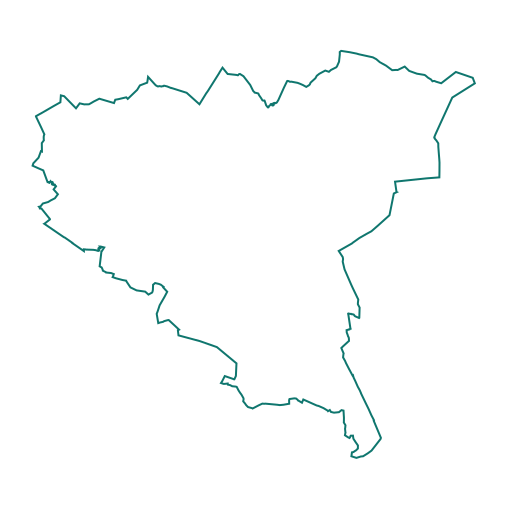 Mālpils pag., Malpils, Latvia (Mercator projection), rotated 179°
{"feature_id": "27541924B96733922651524", "entity_name": "Mālpils pag.", "entity_type": "district", "adm_level": 2, "iso_a3": "LVA", "parent_name": "Latvia", "parent_adm1": "Malpils", "projection": "mercator", "projection_center": [24.972, 57.014], "detail": "fine", "context": "isolated", "style": "outline", "palette": "teal", "viewbox_px": 512, "rotation_deg": 179, "n_neighbors": 0, "source": "geoboundaries", "source_scale": "gbopen_adm2", "svg_char_len": 5914}
<svg xmlns="http://www.w3.org/2000/svg" viewBox="0 0 512 512"><g transform="rotate(179 256 256)"><path d="M473.6,399.6L473.6,399.4L468.5,388.2L465.5,381.3L465.9,380.4L466.2,378.8L466.2,376.6L466.1,375.3L466.2,375.2L468.2,372.6L468.2,364.2L469.2,364.6L471.7,358.1L477.0,352.6L477.8,350.2L472.3,347.6L467.2,345.3L464.1,336.3L463.1,333.5L462.0,333.6L461.5,333.6L461.8,333.0L461.6,332.8L461.3,332.7L461.0,333.0L460.9,333.2L460.2,333.6L460.4,334.1L460.2,334.3L460.0,333.7L458.5,333.6L458.1,333.4L457.8,332.5L457.9,331.8L457.9,331.6L458.1,331.5L458.8,332.0L458.9,331.6L458.8,331.4L458.7,331.4L458.3,330.9L458.1,330.8L457.7,330.9L457.3,330.7L457.2,330.9L457.3,331.4L457.0,331.4L456.3,330.7L455.8,330.7L455.7,329.8L455.6,329.6L454.8,329.4L454.7,329.2L457.0,326.4L457.2,326.1L453.0,321.2L456.0,317.3L456.3,317.1L460.2,315.2L462.9,313.6L468.2,312.2L470.6,309.3L472.1,309.0L471.4,308.1L471.3,307.3L469.7,307.2L461.4,296.5L461.4,296.2L466.9,292.0L467.1,291.9L447.7,278.1L447.3,278.0L446.9,277.8L439.3,272.3L439.4,272.1L428.0,263.9L428.0,265.7L426.1,265.5L425.8,265.4L418.5,265.0L416.1,264.6L413.7,263.8L412.7,264.2L412.8,264.5L412.7,264.7L412.8,264.8L413.1,265.4L413.4,265.0L413.5,265.0L413.5,265.7L413.3,265.9L413.4,266.3L413.3,266.6L412.2,267.4L411.5,266.5L411.3,266.5L411.1,266.7L411.0,267.4L411.1,267.7L411.6,268.2L411.3,268.2L407.6,267.2L410.4,263.0L410.5,263.0L412.5,248.4L410.5,247.2L409.5,244.9L409.4,244.0L406.3,242.4L406.2,242.1L401.2,241.5L398.5,240.4L399.3,238.2L399.7,237.4L396.5,236.2L389.8,234.3L386.3,233.6L386.3,233.4L385.3,231.8L382.1,226.8L376.0,223.7L367.4,222.3L364.2,219.3L360.6,221.2L360.1,222.1L359.7,223.9L359.4,229.1L358.2,230.0L357.6,230.6L357.3,230.7L353.7,229.8L351.7,229.0L348.9,226.7L349.3,226.2L345.4,221.8L348.1,216.9L353.2,208.4L355.3,202.4L356.3,199.9L354.9,190.6L353.0,191.2L350.1,191.8L348.9,192.5L345.4,193.4L344.4,193.5L334.2,183.7L335.4,183.1L334.9,178.0L313.7,171.9L296.7,165.6L277.4,149.0L278.2,136.4L279.8,133.1L280.3,133.2L280.6,133.2L280.8,133.4L289.3,136.5L292.0,131.4L293.2,129.6L290.7,128.7L289.4,128.7L286.5,129.0L286.4,127.9L284.0,127.3L282.1,126.2L278.7,125.8L277.6,125.5L275.7,121.7L274.3,119.5L273.0,117.7L271.1,114.2L271.0,113.8L270.9,113.2L271.1,112.0L271.3,110.9L269.6,108.8L268.4,107.0L266.6,105.1L262.2,103.8L262.0,103.6L256.0,106.6L252.2,108.3L250.5,108.1L249.2,108.2L242.8,107.5L237.4,106.9L234.8,106.5L231.1,106.8L225.4,107.7L225.4,111.3L225.0,112.4L220.2,113.0L218.4,112.8L216.9,111.5L216.5,110.8L216.0,110.6L212.6,108.5L211.2,111.7L198.0,105.5L196.6,105.1L196.3,105.1L191.1,102.7L187.0,100.1L186.7,99.6L184.9,100.7L183.8,98.8L181.2,98.1L180.7,98.0L175.8,98.4L173.2,100.4L171.2,99.9L170.9,92.7L171.0,89.3L171.1,88.0L169.5,85.2L169.8,82.6L170.0,81.8L169.7,78.3L169.6,78.1L170.2,75.2L167.1,73.1L165.7,72.4L165.1,73.2L164.6,74.5L164.4,74.7L162.2,74.7L162.1,73.8L161.8,71.6L159.5,67.9L157.4,64.8L157.5,61.7L159.4,59.9L161.0,59.0L161.9,58.3L163.5,58.0L164.1,54.1L159.1,52.4L154.7,53.7L152.4,53.9L147.6,56.8L143.9,59.4L134.7,70.8L134.6,71.0L134.3,72.0L141.2,89.3L140.9,89.7L143.4,94.7L146.2,101.3L148.7,106.6L153.4,116.8L153.4,117.0L154.6,119.9L156.5,123.5L158.9,129.2L160.5,132.7L161.1,135.0L161.5,134.7L165.0,141.5L167.9,147.4L168.7,149.4L170.7,153.1L170.4,155.6L170.2,156.9L170.1,157.1L171.3,160.0L172.3,162.5L170.4,164.3L164.5,169.5L164.6,172.3L164.8,173.1L165.4,174.2L165.7,175.4L166.6,177.9L166.7,180.3L164.9,180.7L165.0,180.8L162.7,181.6L162.9,182.2L164.6,195.1L164.9,196.7L164.7,196.9L162.4,196.4L162.0,196.5L161.1,196.0L160.5,196.1L159.9,195.9L159.3,195.7L159.1,195.4L158.8,195.1L158.5,194.5L157.9,194.0L154.0,192.2L153.8,192.4L153.3,202.6L154.9,205.8L155.0,206.2L154.9,207.6L154.5,210.7L159.7,222.0L161.2,225.4L167.7,241.1L169.4,248.8L169.0,251.4L169.3,253.4L173.2,259.6L159.8,266.9L159.0,267.6L152.3,272.2L145.2,276.1L140.2,278.7L133.4,284.4L121.8,294.5L117.1,316.1L114.2,317.4L114.4,317.5L115.7,327.9L83.6,330.7L71.3,331.4L71.1,337.2L70.9,346.1L71.0,348.5L71.1,350.4L71.5,356.7L71.8,362.0L71.8,365.5L73.6,368.3L75.4,370.5L75.3,371.0L75.7,371.6L74.5,374.4L69.9,384.1L57.0,411.0L34.2,424.8L36.2,430.4L53.0,436.5L67.8,425.5L72.8,427.1L74.6,427.9L75.4,427.9L76.5,427.6L78.0,429.5L80.8,431.2L83.5,433.6L84.4,434.1L92.0,435.5L99.6,438.4L104.0,442.8L111.1,439.5L112.9,439.6L116.6,439.4L122.7,444.1L128.8,447.6L132.3,450.7L135.7,452.6L149.6,455.9L151.8,456.6L158.6,458.1L167.3,459.6L168.7,458.5L168.7,456.0L169.6,448.8L170.9,446.0L171.5,444.6L172.4,443.3L177.8,440.7L179.9,438.9L183.5,440.2L189.5,437.1L192.0,435.2L192.3,434.8L193.5,432.7L198.4,428.4L199.2,426.6L200.2,425.7L202.8,424.2L206.1,426.1L208.9,427.4L211.4,428.4L217.7,429.7L218.4,429.6L219.3,429.7L220.3,430.3L221.5,430.5L221.8,430.4L225.2,423.7L230.9,411.6L232.5,409.1L233.7,408.4L234.0,408.5L234.3,408.8L234.5,408.8L235.3,408.7L236.2,408.3L236.3,408.0L236.2,407.9L235.7,407.5L235.5,407.2L235.8,406.5L236.3,406.2L237.0,406.2L237.5,406.7L237.6,407.5L237.8,407.7L238.2,407.8L238.4,407.7L238.7,407.5L239.0,406.7L240.2,405.8L240.5,405.4L240.9,404.5L241.3,404.3L241.6,404.4L243.2,406.5L244.6,410.9L244.8,411.3L245.1,411.4L245.9,411.2L246.4,411.3L246.9,411.6L248.1,413.7L250.1,416.7L250.8,418.3L251.0,418.5L252.8,419.0L254.5,419.4L254.6,419.7L255.9,421.0L258.8,427.1L265.4,436.0L268.9,438.3L269.8,438.1L270.9,437.0L271.0,437.0L272.4,437.4L281.2,438.5L286.2,444.9L289.1,440.5L289.9,439.1L300.0,423.7L301.1,422.0L301.2,421.9L302.4,420.2L302.7,419.9L309.9,408.7L322.5,420.4L337.7,425.5L337.9,425.4L341.9,427.1L345.0,427.9L345.8,427.4L346.8,427.4L347.4,427.1L349.5,427.5L349.9,427.5L351.0,427.2L351.8,427.5L352.5,428.0L353.0,428.2L353.9,429.1L360.8,437.0L361.2,434.4L361.4,433.1L361.8,431.2L369.1,428.6L371.9,424.2L381.5,415.3L382.9,416.9L383.0,416.9L390.9,415.2L394.0,414.7L395.3,411.4L409.9,416.0L415.5,413.3L418.3,411.7L420.4,410.6L425.1,410.6L429.6,411.7L433.4,406.8L445.0,419.1L448.3,420.0L448.9,413.1L455.4,409.6L468.9,402.1L469.0,402.1L473.6,399.6Z" fill="none" stroke="#0f766e" stroke-width="2"/></g></svg>